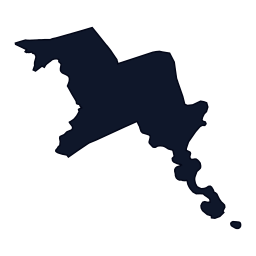 the district of Do Son, Hải Phòng, Vietnam
{"feature_id": "81297802B95607767906649", "entity_name": "Do Son", "entity_type": "district", "adm_level": 2, "iso_a3": "VNM", "parent_name": "Vietnam", "parent_adm1": "Hải Phòng", "projection": "mercator", "projection_center": [106.765, 20.712], "detail": "fine", "context": "isolated", "style": "filled", "palette": "ink", "viewbox_px": 256, "rotation_deg": 0, "n_neighbors": 0, "source": "geoboundaries", "source_scale": "gbopen_adm2", "svg_char_len": 4234}
<svg xmlns="http://www.w3.org/2000/svg" viewBox="0 0 256 256"><path d="M169.6,53.2L162.2,52.0L159.5,51.4L156.1,51.7L152.8,52.3L146.7,54.3L130.0,59.8L119.3,63.3L117.8,63.8L117.5,62.1L117.3,61.5L117.0,60.6L116.8,59.6L115.6,57.9L112.2,52.9L110.9,50.9L109.2,48.7L107.2,46.1L105.8,44.6L105.1,43.7L98.1,34.9L92.2,27.6L82.5,30.5L78.0,31.8L59.0,37.2L56.1,38.0L52.8,38.7L51.9,39.0L50.8,39.5L49.8,39.7L44.5,39.7L41.3,39.9L39.2,39.9L38.5,39.9L38.2,40.0L29.4,40.4L27.0,40.3L25.6,40.1L25.4,40.1L19.6,41.8L15.4,43.1L15.6,44.3L21.3,47.0L26.6,49.6L25.1,51.7L25.6,52.0L26.6,52.5L27.4,52.3L28.9,52.5L30.0,52.3L31.7,52.0L31.9,52.0L32.1,52.4L32.5,53.0L33.1,53.4L34.3,53.6L35.0,54.2L35.7,55.7L36.0,56.6L35.9,57.8L34.7,62.1L34.6,63.1L34.6,64.3L34.7,65.2L34.7,65.8L34.4,66.5L33.2,69.9L35.5,71.0L42.0,66.0L44.3,67.3L45.4,65.4L45.8,64.8L46.9,63.7L48.0,62.9L49.2,61.9L50.1,61.3L50.5,61.0L50.8,60.7L51.4,60.2L52.0,59.7L52.8,59.4L53.6,59.1L54.5,58.9L55.3,58.8L56.6,58.8L57.3,58.8L59.0,59.7L58.9,60.8L58.9,61.7L60.6,63.3L61.0,63.8L61.1,64.3L61.1,65.1L60.5,68.3L60.5,69.2L60.5,70.2L60.7,70.8L61.0,71.4L61.4,71.9L62.4,72.9L66.5,74.8L68.0,75.8L68.5,76.2L68.7,76.5L69.0,77.0L69.4,78.2L69.4,79.3L69.4,80.1L69.3,80.8L69.1,81.8L68.6,83.3L67.5,86.0L68.4,87.5L71.8,93.7L76.0,100.7L76.3,101.6L76.6,103.4L77.0,103.8L77.5,104.0L78.9,104.3L79.4,104.5L79.7,104.9L80.0,105.5L80.2,106.1L81.6,107.8L78.6,109.3L78.5,109.5L79.1,111.2L79.2,111.5L79.0,111.9L77.8,114.1L76.7,116.0L74.2,119.0L72.9,120.0L70.2,121.8L69.7,121.9L69.4,122.1L69.4,122.4L69.9,123.1L72.2,126.1L72.4,126.6L72.6,127.0L72.6,127.6L72.4,128.9L71.9,129.6L71.5,130.0L68.1,131.4L67.1,131.8L66.6,132.2L66.2,132.6L64.4,134.5L63.7,134.9L60.2,136.5L59.9,136.9L59.7,138.2L60.1,140.6L60.3,141.4L60.2,142.4L59.9,145.1L59.7,145.7L59.5,145.9L58.8,146.3L58.5,146.5L57.3,148.5L56.1,149.8L55.9,150.2L55.8,150.5L55.8,151.1L56.0,151.4L56.5,151.9L58.1,152.8L62.3,154.1L66.9,155.0L68.4,157.0L77.7,150.5L87.9,143.6L89.2,142.8L96.0,140.0L124.7,126.8L136.6,121.5L137.1,121.7L137.3,121.8L138.7,124.9L139.6,126.5L140.0,128.1L141.1,131.3L142.5,132.8L146.8,134.1L149.1,134.9L149.9,135.6L150.2,136.2L150.2,137.0L150.2,137.7L149.1,142.1L149.5,143.3L152.8,146.9L154.1,147.3L155.5,147.2L157.5,146.0L160.2,145.7L163.2,146.0L165.3,146.9L168.4,148.9L172.6,150.0L173.2,151.3L174.3,156.4L173.3,157.3L172.6,158.0L172.3,158.3L172.3,158.7L172.6,160.7L173.8,162.0L177.0,163.5L181.3,164.7L181.5,165.0L180.7,165.6L178.8,166.3L176.6,167.1L175.4,168.3L174.8,169.7L174.8,171.3L175.4,173.9L175.5,175.7L176.3,177.8L177.6,179.1L179.4,180.0L181.3,179.9L182.6,180.4L184.8,180.6L186.6,180.4L187.2,180.8L187.9,184.2L189.1,186.8L190.2,188.6L193.0,191.9L196.2,193.7L200.1,193.6L203.3,193.8L204.6,195.1L207.3,196.9L209.5,198.6L210.1,200.0L210.0,202.1L207.6,202.4L204.7,201.7L202.9,202.2L201.8,203.8L201.0,205.7L201.3,208.1L202.6,210.6L207.3,214.5L211.4,215.7L211.5,217.8L214.9,218.2L219.8,216.4L223.8,212.5L222.9,211.2L223.4,210.0L224.8,207.2L224.5,205.1L222.9,203.4L221.4,202.1L219.3,199.2L217.7,196.0L216.9,194.2L215.5,192.9L214.1,192.4L213.1,189.7L211.5,187.1L210.2,186.2L208.5,186.4L206.4,187.8L204.3,188.5L201.3,188.8L199.2,187.9L197.0,186.7L195.3,183.4L194.6,180.0L194.6,179.3L194.6,178.6L194.7,177.6L195.1,176.2L196.6,172.1L196.8,171.5L199.5,169.0L200.3,168.1L200.6,167.1L200.6,165.6L200.1,163.1L198.9,161.5L197.7,160.2L196.1,159.1L194.5,159.1L193.0,159.4L191.5,159.4L190.4,158.9L190.0,157.9L189.7,156.6L190.3,154.4L190.5,153.3L190.1,152.3L189.1,151.7L186.3,150.4L186.2,149.7L186.2,149.1L186.3,148.3L187.3,145.2L188.5,141.8L195.5,131.7L199.9,126.6L201.6,125.6L202.2,125.3L204.8,125.4L206.0,123.8L205.3,122.0L202.8,121.2L201.9,119.9L202.5,117.2L204.2,113.8L206.4,111.6L207.8,107.0L206.6,102.8L203.9,101.8L200.6,101.2L192.8,104.9L187.4,105.5L184.7,104.3L182.7,96.4L177.8,82.4L177.5,81.3L176.5,78.5L175.3,70.2L174.2,62.1L169.6,53.2ZM238.1,228.4L238.9,228.1L239.7,227.5L240.2,226.8L240.5,226.2L240.6,225.4L240.6,224.5L240.5,223.8L240.2,223.1L239.9,222.6L239.3,222.3L238.5,222.1L237.3,222.0L236.5,221.9L235.0,221.8L233.7,221.7L232.8,221.7L232.3,221.9L231.7,222.3L231.2,222.7L230.9,223.2L230.8,223.6L230.9,224.2L231.1,224.9L231.4,225.5L232.2,226.2L233.3,226.8L235.2,227.9L236.2,228.3L237.2,228.4L238.1,228.4Z" fill="#0f172a" stroke="#020617" stroke-width="1.5"/></svg>